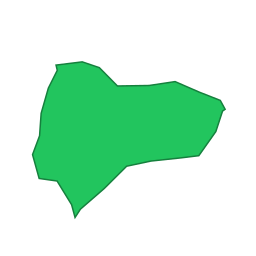 outline of Bjuv, Skåne, Sweden, rotated 258°
{"feature_id": "70781695B11789611241227", "entity_name": "Bjuv", "entity_type": "district", "adm_level": 2, "iso_a3": "SWE", "parent_name": "Sweden", "parent_adm1": "Skåne", "projection": "orthographic", "projection_center": [12.999, 56.072], "detail": "fine", "context": "isolated", "style": "filled", "palette": "green", "viewbox_px": 256, "rotation_deg": 258, "n_neighbors": 0, "source": "geoboundaries", "source_scale": "gbopen_adm2", "svg_char_len": 472}
<svg xmlns="http://www.w3.org/2000/svg" viewBox="0 0 256 256"><g transform="rotate(258 128 128)"><path d="M126.1,226.9L135.8,224.0L148.1,205.4L163.6,183.7L165.2,157.4L171.3,126.4L193.0,112.5L202.2,97.0L204.5,70.7L199.1,70.8L183.6,58.4L160.4,46.1L138.8,39.9L121.8,29.1L97.1,30.6L90.9,47.6L64.7,56.9L51.5,57.6L58.5,64.6L73.9,92.4L90.9,118.7L90.9,143.5L87.7,174.4L86.2,191.5L106.3,213.2L124.9,224.0L126.1,226.9Z" fill="#22c55e" stroke="#15803d" stroke-width="1.5"/></g></svg>